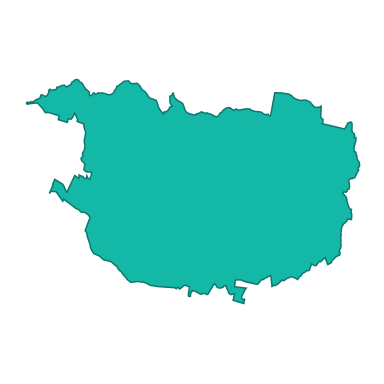 Magesti, Bihor, Romania (Robinson projection), rotated 91°
{"feature_id": "2599482B73401020399512", "entity_name": "Magesti", "entity_type": "district", "adm_level": 2, "iso_a3": "ROU", "parent_name": "Romania", "parent_adm1": "Bihor", "projection": "robinson", "projection_center": [22.44, 46.993], "detail": "fine", "context": "isolated", "style": "filled", "palette": "teal", "viewbox_px": 384, "rotation_deg": 91, "n_neighbors": 0, "source": "geoboundaries", "source_scale": "gbopen_adm2", "svg_char_len": 5917}
<svg xmlns="http://www.w3.org/2000/svg" viewBox="0 0 384 384"><g transform="rotate(91 192 192)"><path d="M302.6,138.3L298.5,137.5L298.1,137.9L298.6,139.2L298.6,139.7L297.0,140.6L296.0,140.7L288.6,137.1L287.2,136.1L286.0,147.8L279.4,147.1L279.1,145.6L279.1,141.4L280.9,136.9L283.1,125.6L282.8,124.4L278.2,120.7L278.4,119.3L278.3,118.7L277.2,118.2L276.3,115.9L274.5,112.8L274.2,111.8L283.9,110.4L285.1,110.6L285.1,110.3L284.8,110.1L284.3,109.2L283.9,107.1L283.1,105.2L279.4,101.3L278.3,100.4L279.1,99.0L278.9,98.4L277.6,96.4L276.4,95.2L275.9,92.9L275.1,92.1L274.8,91.6L275.2,90.1L276.8,86.3L277.7,84.8L275.6,83.7L273.5,81.1L271.5,80.2L270.2,77.6L269.2,76.7L268.2,73.2L266.4,72.8L261.9,71.1L263.2,68.5L263.6,66.9L258.9,63.2L259.5,62.2L255.2,57.8L262.2,55.0L260.4,51.6L258.9,51.1L256.8,49.4L253.9,46.5L252.5,43.2L249.7,42.9L249.5,43.6L247.1,43.4L245.7,42.4L242.7,42.0L240.7,42.3L235.6,42.4L234.9,42.6L233.0,42.1L229.6,42.4L227.3,41.9L226.0,42.0L224.6,41.7L221.2,39.8L219.0,37.2L216.3,35.7L216.8,32.1L214.3,31.9L211.3,31.9L209.5,32.6L209.1,32.4L207.8,32.8L206.6,32.3L206.2,33.6L205.6,34.2L202.4,35.8L198.8,36.7L197.6,37.3L197.1,37.3L196.5,37.0L194.6,37.7L192.3,39.5L191.3,41.0L189.4,40.5L189.3,39.5L189.6,38.3L189.3,37.7L188.4,36.9L187.0,36.7L186.4,35.9L186.2,34.9L183.6,34.6L180.0,34.9L178.7,35.6L177.8,35.5L176.6,34.7L175.8,33.2L175.7,31.6L175.2,30.2L174.7,29.5L171.8,28.0L171.1,27.7L170.7,28.0L167.9,26.0L167.1,25.7L166.3,26.1L164.1,26.1L163.7,25.1L163.3,24.9L159.7,25.2L155.7,27.7L154.4,27.6L149.1,29.0L149.0,30.1L147.1,30.9L143.6,30.6L141.9,30.0L137.5,29.1L134.9,29.0L135.3,29.8L134.7,30.9L134.0,30.5L133.0,30.3L131.3,30.8L130.3,31.5L129.4,32.7L127.9,33.2L121.2,33.1L119.7,33.7L119.2,34.5L119.9,36.7L120.9,37.8L121.7,37.7L122.2,37.9L123.1,38.9L126.4,40.3L121.4,63.0L119.0,62.3L117.6,62.2L117.1,62.4L115.8,64.0L114.8,64.6L103.3,64.3L105.3,65.2L104.7,66.2L105.2,67.7L105.3,70.0L104.3,71.8L100.1,75.4L98.4,78.8L98.1,81.8L98.6,84.3L98.1,87.6L96.9,90.4L95.3,92.9L94.2,93.8L92.5,96.6L91.3,104.7L91.5,104.8L91.5,105.5L91.2,109.6L91.4,109.6L91.4,111.0L111.8,114.3L114.1,114.8L114.5,115.3L114.5,115.9L114.0,116.5L113.0,117.1L113.0,118.4L113.5,119.0L112.9,121.3L110.9,124.3L110.6,126.4L110.4,130.0L109.2,134.4L108.3,134.9L108.0,136.5L107.9,138.2L108.3,141.9L109.3,146.2L108.9,148.2L108.2,149.7L109.0,150.4L109.6,152.2L107.1,155.4L107.0,157.0L107.0,157.7L108.0,160.2L108.7,160.7L109.7,162.4L111.4,163.4L112.3,164.3L112.6,165.4L115.0,166.5L116.6,169.1L113.8,174.6L113.4,176.5L112.5,178.4L113.0,178.8L113.1,179.3L112.7,181.5L111.9,182.9L111.9,183.5L112.1,183.8L111.8,184.5L112.5,185.5L113.1,185.8L113.1,186.3L113.5,187.1L113.5,188.4L114.0,189.2L114.7,189.5L114.7,190.7L114.9,190.9L114.7,192.8L114.1,193.9L114.1,195.8L113.5,196.2L113.0,197.9L112.5,198.2L112.2,198.9L111.2,199.9L110.4,200.4L108.4,201.0L108.1,201.0L103.5,203.0L103.1,203.6L102.9,204.5L102.4,204.7L100.8,208.1L100.1,208.7L98.1,211.0L94.4,212.3L93.5,212.3L93.7,213.2L95.7,213.7L96.7,215.9L99.7,215.6L103.1,215.6L106.7,213.4L107.6,215.8L110.2,216.7L110.7,217.6L112.3,219.1L112.4,219.4L112.2,221.0L112.7,221.4L114.0,221.6L114.7,222.0L109.3,226.2L108.9,226.3L106.0,227.8L105.2,227.7L101.3,229.2L100.7,229.8L100.7,230.8L99.8,232.4L99.4,234.3L98.9,235.7L98.2,236.5L93.8,239.6L92.1,241.2L90.9,243.3L90.1,244.0L87.1,245.8L84.8,248.0L84.2,249.5L84.7,251.6L84.6,254.5L83.4,256.2L82.0,257.4L82.4,261.6L87.3,267.9L87.7,269.0L90.3,269.8L92.0,271.3L93.8,272.0L94.7,272.7L96.0,275.0L96.3,276.6L94.5,283.1L94.8,286.5L94.4,287.7L95.6,288.7L96.2,289.9L94.6,291.6L94.6,292.2L96.8,293.8L97.4,294.5L97.5,295.2L97.3,296.0L96.9,296.2L94.5,296.4L93.4,296.8L91.2,299.7L90.1,300.6L87.8,302.3L85.7,303.4L84.9,304.0L83.5,306.6L82.3,307.1L81.4,309.3L82.2,311.3L83.0,311.7L83.9,313.7L87.0,315.3L89.1,319.3L89.1,319.6L87.4,321.6L87.8,324.0L88.5,325.2L89.7,329.0L90.3,328.6L91.5,329.3L92.1,330.9L92.2,332.2L93.0,334.3L91.8,335.2L91.7,335.8L93.0,337.1L94.7,336.9L97.7,338.3L98.6,339.3L99.0,340.3L98.4,341.8L97.5,343.4L97.6,344.6L98.8,345.3L100.1,345.2L101.5,346.8L101.8,348.4L104.5,352.3L104.8,353.8L104.5,354.7L105.8,356.5L105.7,357.5L105.3,357.3L105.0,357.6L105.3,358.6L106.0,359.1L107.2,358.2L106.6,356.0L105.6,348.1L111.4,342.6L114.9,340.3L115.4,338.9L114.7,337.8L118.1,326.2L122.0,327.0L124.6,317.9L120.8,316.9L121.5,314.4L119.9,312.9L115.1,310.7L121.3,307.7L123.3,308.2L124.1,306.6L125.8,301.4L129.2,301.1L134.0,299.4L135.2,299.4L142.7,300.7L148.4,299.8L153.4,300.8L154.2,301.9L156.1,302.2L157.8,301.7L160.5,303.6L162.8,302.7L164.6,300.7L166.5,299.5L169.3,300.3L172.0,300.4L173.8,297.6L173.8,293.6L174.4,293.3L174.4,292.8L174.9,292.4L179.3,293.9L181.1,294.3L180.2,296.3L177.7,297.4L179.6,297.7L180.4,298.4L180.2,299.8L178.2,301.7L178.3,302.8L177.7,303.5L176.9,305.2L179.8,305.3L180.4,305.6L177.5,309.5L194.4,317.1L192.6,318.3L188.5,320.1L186.5,321.4L181.7,329.4L186.9,331.5L187.2,331.0L195.9,334.6L193.9,332.9L193.9,330.6L194.1,327.9L203.5,321.0L201.5,320.1L207.5,311.7L210.0,308.6L211.8,304.7L212.7,304.0L213.6,303.0L214.2,301.8L214.4,298.7L214.9,297.7L216.6,295.4L219.3,293.5L232.5,298.2L234.5,296.6L238.5,295.9L245.4,293.3L249.9,292.4L252.5,291.1L255.3,289.0L257.3,284.2L258.1,282.9L260.4,280.4L261.4,279.0L262.8,272.4L263.9,270.7L266.4,267.9L267.7,265.9L271.4,263.7L273.0,261.4L276.1,259.1L279.0,256.3L280.5,255.4L283.0,252.2L283.4,251.3L282.4,244.0L282.9,241.6L283.0,238.7L284.6,234.6L285.4,233.7L286.0,232.1L287.1,224.9L287.9,209.7L287.9,207.9L289.0,206.1L287.6,204.6L287.6,204.3L289.2,202.7L287.4,200.2L285.4,198.1L285.6,196.3L286.8,193.1L288.1,193.0L293.4,193.8L296.0,193.8L296.4,192.9L296.4,191.8L293.6,191.6L291.0,190.3L291.2,190.0L290.5,189.6L291.4,186.8L293.7,182.5L294.2,180.8L293.2,179.7L292.9,178.9L294.2,175.2L294.2,174.5L283.3,168.1L284.5,166.7L287.0,165.0L287.5,163.6L287.5,161.3L286.7,159.3L285.9,158.9L285.2,158.1L285.1,156.1L287.3,155.8L290.5,154.0L292.5,153.5L293.9,151.8L293.3,147.7L299.6,149.0L302.6,138.3Z" fill="#14b8a6" stroke="#0f766e" stroke-width="1.5"/></g></svg>